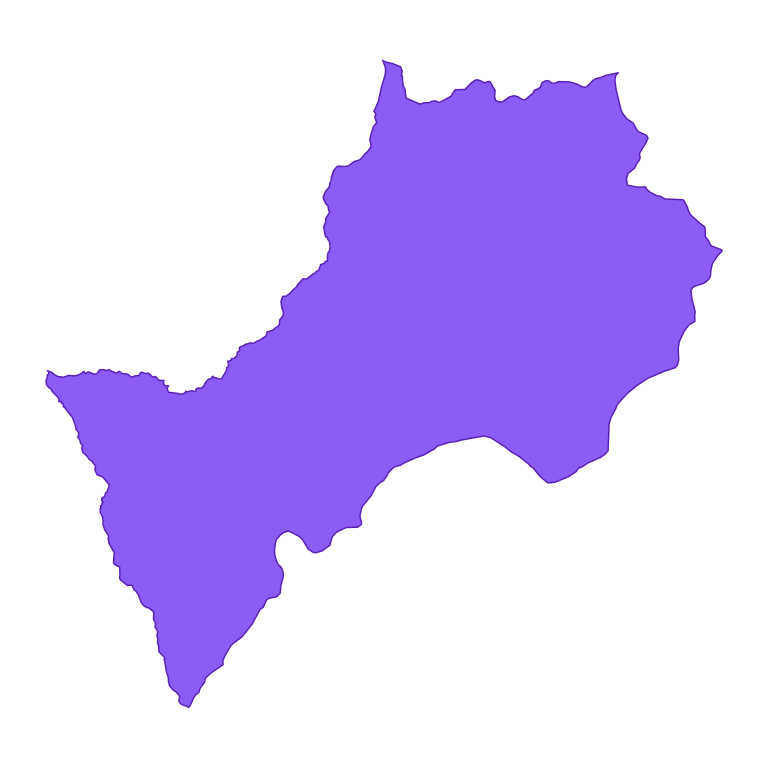 outline of San Sebastian, Cauca, Colombia
{"feature_id": "7082276B83850714200687", "entity_name": "San Sebastian", "entity_type": "district", "adm_level": 2, "iso_a3": "COL", "parent_name": "Colombia", "parent_adm1": "Cauca", "projection": "mercator", "projection_center": [-76.773, 1.841], "detail": "fine", "context": "isolated", "style": "filled", "palette": "violet", "viewbox_px": 768, "rotation_deg": 0, "n_neighbors": 0, "source": "geoboundaries", "source_scale": "gbopen_adm2", "svg_char_len": 6022}
<svg xmlns="http://www.w3.org/2000/svg" viewBox="0 0 768 768"><path d="M618.6,72.7L605.8,75.4L602.1,77.0L595.8,78.7L592.9,80.4L587.0,86.5L585.6,87.3L582.6,86.9L576.1,83.8L569.8,82.0L558.6,81.6L554.2,83.5L551.4,82.9L548.5,80.7L545.2,80.9L542.0,82.8L540.3,87.3L537.9,88.9L534.3,90.3L533.2,92.9L525.3,99.7L523.0,99.9L517.6,96.6L513.8,95.7L509.0,97.1L502.2,102.1L498.6,101.7L495.6,100.5L494.6,96.6L495.1,90.4L490.3,82.0L488.9,81.4L484.3,82.8L480.2,80.6L477.8,79.9L475.5,80.0L471.3,82.9L464.9,89.5L455.6,89.7L454.2,90.8L451.1,96.2L440.1,102.2L438.6,102.4L435.5,100.9L431.4,101.4L428.7,102.8L424.1,102.7L420.2,104.2L406.8,98.4L405.8,97.1L405.1,89.5L403.0,85.4L402.2,75.8L401.3,75.6L402.2,71.2L400.6,66.9L393.3,63.8L387.1,62.4L382.9,60.7L385.2,66.9L385.6,70.4L385.1,75.1L381.2,88.1L378.4,101.4L373.9,111.5L375.9,113.7L374.8,117.3L376.7,122.7L373.3,126.8L370.7,135.6L369.8,139.9L370.9,144.2L370.8,147.2L367.5,151.7L365.1,153.6L361.5,158.4L359.6,159.9L354.1,161.6L348.1,166.0L344.5,166.5L338.4,166.1L336.8,166.8L333.7,170.5L333.1,172.0L331.4,177.1L331.1,180.6L329.8,183.3L329.4,186.7L325.7,191.2L323.3,196.8L323.2,198.2L325.9,204.0L327.9,205.7L328.6,210.1L329.7,212.1L325.6,218.8L325.7,221.7L323.7,227.0L325.3,235.8L325.9,237.0L327.3,237.2L327.8,239.5L329.2,240.9L330.2,246.2L329.7,250.3L328.2,252.5L327.5,255.2L327.4,260.9L325.5,261.4L324.0,263.4L320.7,264.6L318.9,270.0L315.9,271.8L315.2,273.2L313.9,273.5L306.3,279.2L303.0,278.7L298.1,284.1L296.1,287.4L293.6,289.3L289.8,293.5L286.2,296.1L282.6,296.5L281.0,301.4L281.8,307.9L283.3,311.3L283.2,314.0L282.8,315.8L279.7,320.0L279.5,323.6L278.6,325.7L277.3,327.0L275.7,327.5L273.0,330.1L267.2,331.9L266.1,335.8L259.2,340.6L256.9,341.2L254.0,343.2L250.0,342.9L248.0,343.9L246.1,344.0L242.6,346.2L240.4,346.6L239.4,348.0L239.5,351.2L237.3,352.1L237.2,354.7L236.3,356.4L234.2,358.4L231.4,358.7L231.2,360.1L230.2,360.8L227.7,361.3L228.4,363.0L228.4,366.3L226.8,367.6L226.3,370.8L221.4,378.9L220.1,379.2L215.9,377.8L214.3,377.9L213.2,376.4L212.4,376.5L211.1,378.6L209.0,379.1L207.4,380.2L204.6,384.0L204.4,385.3L201.3,388.4L199.5,388.0L196.9,388.3L196.0,389.2L195.8,390.9L194.9,391.6L191.8,390.7L187.5,391.8L185.7,391.3L184.8,393.2L180.4,394.3L177.6,393.4L168.5,392.3L167.1,388.6L168.4,385.9L164.6,385.8L163.3,381.9L163.8,380.5L158.7,380.3L155.7,376.6L152.8,377.0L148.6,373.2L145.0,373.4L141.3,372.2L140.2,373.0L138.9,375.5L135.0,375.9L131.5,377.2L127.9,374.4L125.7,373.8L122.8,373.9L119.1,371.3L116.8,373.1L115.9,373.0L114.1,372.6L113.6,371.7L111.7,371.4L109.0,369.6L106.3,370.6L103.2,369.7L100.7,369.7L99.5,369.9L97.1,373.5L94.6,374.3L88.8,372.0L87.2,372.3L85.9,373.6L85.0,373.5L84.2,371.8L83.3,371.6L80.9,373.7L77.7,375.2L74.0,375.9L68.7,375.4L63.4,377.3L57.6,376.4L54.8,374.9L51.8,372.4L47.9,370.9L49.0,373.3L47.3,375.2L47.1,378.2L46.1,380.0L46.4,384.4L48.9,387.7L51.3,389.2L52.0,391.1L58.9,398.4L58.9,401.7L60.6,401.2L61.2,401.6L61.4,403.1L63.3,404.2L63.5,406.8L65.0,407.5L65.2,408.4L72.3,417.3L75.2,424.9L76.1,429.5L77.8,431.2L78.8,433.2L77.9,437.4L80.0,440.4L80.5,443.3L82.7,445.4L81.8,447.9L82.7,452.2L87.2,456.3L89.2,459.4L92.5,461.6L93.2,463.4L95.5,465.6L94.9,470.0L97.1,474.8L102.5,476.8L109.4,485.0L107.0,491.9L105.8,492.6L104.7,496.0L103.4,497.6L102.4,497.5L101.9,498.0L101.7,500.2L103.1,502.6L102.0,503.4L101.7,504.9L100.6,506.1L100.8,508.0L100.0,509.1L100.6,510.2L100.0,511.9L102.3,516.4L103.1,520.0L103.0,524.5L104.8,529.9L108.4,535.5L108.6,537.7L108.0,539.0L108.9,541.3L108.7,542.9L114.3,552.8L113.5,563.0L115.2,565.0L119.6,567.0L120.0,574.6L119.6,577.8L120.5,580.0L127.4,585.4L131.0,585.2L132.5,585.9L133.8,589.6L135.8,591.0L138.3,594.7L141.1,602.2L143.8,605.9L146.8,607.6L148.9,608.0L153.1,611.4L153.7,613.0L153.5,619.5L155.5,622.8L155.1,627.5L156.5,628.9L157.7,632.0L156.9,635.6L157.7,638.5L157.6,643.1L158.7,646.0L158.9,651.8L164.7,657.4L164.2,659.7L164.9,661.9L166.3,671.5L168.3,677.3L168.5,681.6L169.6,685.9L173.4,690.4L175.5,691.3L179.3,695.7L179.5,697.7L178.8,701.0L180.3,703.3L181.9,704.5L188.8,707.3L190.2,705.5L193.5,698.2L195.7,694.8L198.8,692.4L200.3,687.8L204.3,682.7L205.6,677.9L211.5,672.6L223.0,664.7L222.9,660.5L225.3,655.1L230.6,645.9L233.6,643.0L241.9,636.9L246.6,631.1L252.4,623.6L260.0,609.5L263.3,607.1L266.5,600.1L268.2,598.7L271.2,597.7L275.6,597.2L277.2,596.3L280.3,592.9L280.8,585.8L283.2,576.9L283.3,573.6L282.3,569.7L280.9,566.9L278.4,564.7L276.8,561.9L274.8,555.2L274.4,550.1L275.7,541.5L277.3,538.3L280.4,534.9L283.5,532.7L287.0,531.3L289.5,531.4L299.7,536.7L303.0,540.3L308.1,549.0L313.2,552.4L316.0,552.8L322.0,550.9L329.9,545.2L331.8,537.8L333.0,535.8L335.3,533.3L338.7,531.0L346.3,527.5L357.7,527.2L361.0,524.8L361.6,523.5L359.9,515.9L361.4,509.0L362.8,505.8L371.2,495.7L376.0,486.3L380.2,482.5L383.5,480.6L386.8,476.1L388.2,472.9L392.9,468.1L394.6,466.8L400.2,465.3L405.8,462.1L415.2,458.0L423.9,454.9L434.6,448.8L437.4,446.0L448.8,442.5L457.5,441.3L461.0,440.1L483.8,436.0L490.7,437.6L505.3,447.1L511.2,451.8L519.5,456.7L528.7,464.1L530.3,466.3L532.9,467.7L540.4,476.8L547.9,482.9L554.9,482.3L568.4,476.7L575.8,471.9L578.5,468.3L582.1,466.9L587.6,463.1L600.6,457.3L605.1,454.1L608.1,450.7L609.1,423.7L610.8,417.8L615.5,409.2L616.7,405.8L619.6,401.8L627.8,392.9L637.8,384.9L648.0,378.2L664.7,371.1L675.2,367.7L677.5,364.9L678.7,359.9L678.2,348.6L679.2,341.8L683.9,331.8L686.5,328.0L689.5,324.5L694.9,321.3L694.7,314.8L695.2,311.8L691.9,298.7L690.9,290.4L692.6,287.6L695.2,286.0L702.6,283.7L706.0,281.8L709.1,278.9L710.4,275.9L710.9,270.1L712.4,263.5L717.9,255.4L721.7,251.5L721.9,250.0L711.7,246.1L710.3,244.7L708.5,240.7L705.4,236.7L705.1,228.3L704.4,226.5L699.8,223.2L691.0,215.3L688.4,210.8L687.4,207.1L683.9,200.5L682.5,199.7L665.1,199.0L660.3,196.3L656.9,195.7L650.2,192.2L647.3,190.1L645.3,186.9L637.9,187.2L627.4,185.2L626.5,178.8L628.0,173.5L634.6,168.1L637.4,162.6L639.4,160.2L640.1,157.7L639.4,153.6L646.2,142.2L648.0,138.2L646.9,136.0L645.6,134.9L639.1,132.0L637.3,130.6L633.2,123.1L626.9,118.9L623.1,114.0L621.1,110.3L616.0,89.1L614.9,79.9L615.9,75.0L618.6,72.7Z" fill="#8b5cf6" stroke="#5b21b6" stroke-width="1.5"/></svg>